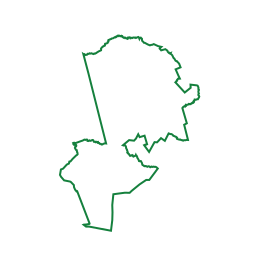 Laikipia North, Rift Valley, Kenya (Albers equal-area conic projection), rotated 249°
{"feature_id": "3690345B24506089948123", "entity_name": "Laikipia North", "entity_type": "district", "adm_level": 2, "iso_a3": "KEN", "parent_name": "Kenya", "parent_adm1": "Rift Valley", "projection": "albers", "projection_center": [36.962, 0.429], "detail": "fine", "context": "isolated", "style": "outline", "palette": "green", "viewbox_px": 256, "rotation_deg": 249, "n_neighbors": 0, "source": "geoboundaries", "source_scale": "gbopen_adm2", "svg_char_len": 5830}
<svg xmlns="http://www.w3.org/2000/svg" viewBox="0 0 256 256"><g transform="rotate(249 128 128)"><path d="M213.9,156.5L213.7,156.4L213.8,156.3L214.2,156.0L214.6,155.9L214.8,155.6L215.0,155.7L215.4,155.7L216.0,155.5L216.2,154.9L216.5,154.8L216.5,154.6L216.1,154.4L216.4,153.6L217.4,152.9L217.5,152.6L217.7,152.2L217.3,152.0L217.2,151.7L217.3,151.4L217.8,151.1L217.8,150.9L217.4,150.0L217.6,149.7L217.5,148.9L217.1,148.9L217.1,148.5L217.5,148.0L217.1,146.4L217.4,144.7L217.1,144.2L217.3,143.2L217.0,142.6L217.2,141.3L216.8,140.9L216.2,140.7L215.7,140.7L215.4,139.8L215.0,139.8L214.8,139.6L214.6,138.6L214.7,137.5L214.9,137.0L214.8,136.7L214.3,136.4L213.7,136.3L213.2,135.9L213.1,135.6L213.3,135.0L213.0,134.2L213.1,133.6L212.7,133.1L212.6,132.5L211.9,131.4L211.7,131.2L211.3,131.2L210.2,130.7L210.0,127.8L209.8,127.2L209.8,126.6L209.3,125.2L209.4,124.8L209.2,123.9L209.4,123.5L209.4,123.1L209.6,123.0L209.4,122.5L209.4,122.2L210.2,121.3L210.8,120.8L210.9,119.7L211.1,119.4L211.4,119.1L211.2,118.8L211.4,118.3L211.3,117.8L211.7,117.1L211.4,116.7L211.4,116.3L211.1,115.8L211.5,115.2L211.3,114.6L212.2,113.7L212.7,113.6L212.8,113.3L212.7,113.0L213.0,112.8L192.9,110.6L121.4,102.0L122.0,100.8L122.0,100.0L122.1,99.2L121.8,98.3L122.1,97.3L122.8,97.1L123.4,95.9L124.2,95.8L124.3,95.4L124.7,95.0L124.8,94.6L125.2,94.5L125.6,95.0L125.8,95.0L126.2,92.7L126.3,92.6L126.8,92.8L127.0,92.0L127.4,91.2L128.9,91.2L129.3,91.0L129.6,90.4L129.4,88.6L129.6,88.1L130.2,87.7L130.0,86.5L130.3,86.2L130.4,85.6L130.5,85.5L131.5,85.8L131.9,85.6L132.2,84.6L132.2,83.8L132.7,83.3L132.8,83.1L132.5,81.1L132.6,79.7L132.7,74.2L132.9,73.1L133.4,72.7L133.6,72.4L133.6,70.9L133.5,70.7L133.5,70.9L133.1,71.2L132.3,71.3L131.6,71.6L131.0,73.0L130.7,73.5L130.0,73.4L129.5,73.0L129.4,72.0L129.2,71.8L128.8,71.8L128.4,71.3L126.7,71.5L125.8,71.8L125.6,72.2L123.7,71.8L123.4,72.0L121.6,71.6L121.2,71.0L121.0,69.9L119.0,65.2L117.5,62.5L117.4,62.1L117.7,61.4L117.7,61.2L116.0,60.1L115.8,57.8L113.3,52.8L113.3,50.5L108.6,47.7L106.4,48.0L102.0,49.6L98.7,54.8L98.1,55.3L94.1,57.0L92.1,56.4L89.7,56.5L88.2,56.8L87.9,57.3L87.2,57.3L87.1,57.9L52.7,57.9L52.4,57.8L52.3,57.6L52.5,56.6L52.5,56.2L52.7,55.6L52.9,54.3L53.3,53.3L53.3,52.8L53.6,52.3L53.6,51.9L51.0,53.5L49.8,56.5L38.2,75.3L47.6,80.3L54.8,83.3L61.7,85.7L71.4,90.6L68.7,101.9L66.9,106.3L68.0,108.9L71.2,118.6L73.0,126.4L71.9,129.3L79.5,141.3L81.1,140.5L81.8,139.9L82.2,139.2L82.3,138.5L82.9,137.8L82.9,136.8L83.1,136.5L83.6,136.1L83.6,135.6L83.4,135.1L83.4,134.7L84.5,134.1L84.9,133.5L85.0,133.1L84.8,132.3L85.1,131.9L85.8,131.4L86.3,130.5L86.2,130.1L86.7,129.4L87.5,129.1L88.1,128.4L88.6,128.2L90.3,128.5L91.3,128.3L92.3,128.3L92.4,128.2L92.7,127.7L92.9,126.7L93.2,126.4L94.1,126.5L95.2,126.4L97.0,126.0L97.4,126.2L99.1,126.1L99.6,125.6L100.0,125.6L99.5,125.1L99.4,124.9L99.5,123.6L99.3,122.9L99.6,122.6L101.0,122.5L100.9,121.7L101.4,121.3L101.4,120.6L101.2,120.4L101.2,120.0L101.7,119.9L102.4,119.6L103.6,119.5L104.0,119.0L104.2,118.9L104.8,119.0L104.9,118.7L105.3,118.5L105.7,118.9L106.3,119.2L107.8,119.1L108.1,119.3L109.6,119.0L111.3,119.4L112.0,119.3L112.6,119.2L113.2,118.6L113.1,117.8L113.7,117.1L116.3,124.7L114.0,129.1L115.3,131.7L118.5,135.3L115.3,135.6L114.9,140.7L106.0,140.0L106.0,139.6L105.9,139.2L106.0,138.6L106.3,138.2L106.2,136.9L98.1,139.1L105.3,147.7L104.2,150.0L106.7,155.2L102.8,157.8L108.4,164.0L108.1,164.4L107.7,164.6L107.5,165.0L107.2,165.2L106.8,166.3L106.4,166.7L105.2,167.4L104.7,167.4L104.5,167.5L103.7,168.5L102.9,169.1L102.8,169.5L102.2,169.9L101.5,170.3L101.2,169.9L100.6,169.8L100.2,169.9L99.2,171.2L98.8,171.6L98.8,172.0L98.5,172.3L98.4,172.8L98.1,172.9L97.6,173.5L97.3,174.2L96.9,174.3L96.4,175.1L96.6,175.8L96.4,176.3L96.0,177.1L95.9,178.4L95.3,179.7L95.9,179.8L110.9,181.6L111.3,184.6L127.1,185.9L127.2,186.3L127.8,186.9L128.1,188.1L128.1,188.7L127.7,188.9L127.8,189.0L127.8,189.5L128.3,189.3L128.4,189.7L128.6,189.9L128.2,190.0L128.5,190.6L128.6,191.0L128.4,191.4L128.4,191.7L128.5,191.8L128.3,192.4L128.4,193.0L128.7,193.4L128.4,193.8L128.2,193.8L128.1,194.0L128.3,194.3L128.2,194.7L127.8,195.1L128.4,196.3L128.1,196.7L128.3,197.2L128.1,197.8L128.4,198.1L128.5,198.3L128.3,198.4L128.4,198.7L128.9,199.0L129.1,198.8L129.2,199.2L129.8,199.2L130.0,199.8L130.3,200.0L130.4,200.4L130.6,200.5L130.1,201.2L130.0,201.6L130.2,201.9L130.1,202.5L129.8,203.6L130.5,204.2L130.9,205.0L131.8,205.8L132.7,205.8L133.2,205.5L133.7,205.5L134.9,206.3L134.9,206.5L135.8,206.5L136.9,206.8L137.7,207.3L137.9,207.7L138.3,207.9L138.6,207.8L138.8,207.6L139.3,207.7L140.0,208.1L140.8,208.3L141.5,208.2L142.5,208.2L143.1,207.6L146.1,201.9L143.1,200.9L140.8,193.7L153.5,188.7L153.5,188.9L154.1,189.4L154.1,189.8L154.6,190.3L154.6,190.7L155.1,190.8L155.3,191.0L155.4,191.6L155.7,191.8L155.7,192.0L156.1,192.4L156.0,193.5L155.6,193.7L155.5,194.1L159.2,193.8L165.7,193.5L165.8,198.8L169.6,198.8L171.4,198.2L171.9,197.8L172.9,197.6L173.5,196.7L173.8,196.5L176.4,196.1L176.8,195.7L177.1,195.6L180.0,195.4L181.2,194.9L182.1,194.2L182.3,194.2L182.7,194.6L182.7,194.4L182.6,193.7L183.1,193.3L183.7,193.3L183.8,192.9L185.1,192.4L186.1,192.5L188.2,191.1L188.6,186.8L189.6,186.5L190.8,186.0L191.1,186.3L191.8,188.2L193.6,185.5L197.1,182.1L197.0,180.5L197.3,179.2L197.3,178.1L198.9,176.4L201.4,174.3L201.9,173.4L202.5,173.3L204.2,172.5L205.1,172.6L206.4,173.0L206.7,172.8L207.0,172.5L207.7,172.4L207.9,172.0L207.6,171.7L207.8,171.4L207.5,171.0L207.1,170.6L208.1,170.6L209.2,170.3L209.2,169.6L209.4,169.3L209.2,168.1L209.2,167.6L209.8,167.3L209.8,166.7L210.3,166.2L210.5,165.6L210.6,165.0L210.4,164.5L210.7,164.2L211.0,163.5L210.7,162.6L210.8,162.4L211.6,162.4L212.0,162.2L211.9,161.8L211.9,161.4L212.1,161.1L212.3,161.0L212.5,160.6L212.5,160.3L212.0,160.3L211.8,160.2L211.7,160.0L211.4,159.8L211.4,159.4L212.0,159.1L212.0,158.9L212.3,158.4L213.6,157.6L213.9,156.5Z" fill="none" stroke="#15803d" stroke-width="2"/></g></svg>